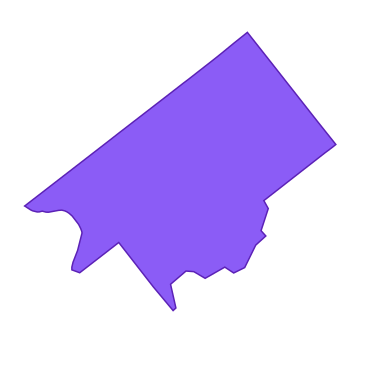 the district of DeSoto, Mississippi, United States of America, rotated 322°
{"feature_id": "52423323B17373882514078", "entity_name": "DeSoto", "entity_type": "district", "adm_level": 2, "iso_a3": "USA", "parent_name": "United States of America", "parent_adm1": "Mississippi", "projection": "equal_earth", "projection_center": [-90.082, 34.852], "detail": "fine", "context": "isolated", "style": "filled", "palette": "violet", "viewbox_px": 384, "rotation_deg": 322, "n_neighbors": 0, "source": "geoboundaries", "source_scale": "gbopen_adm2", "svg_char_len": 844}
<svg xmlns="http://www.w3.org/2000/svg" viewBox="0 0 384 384"><g transform="rotate(322 192 192)"><path d="M104.1,273.8L107.9,273.5L118.3,251.5L138.6,250.6L144.4,255.9L149.2,268.1L171.6,271.4L175.0,281.5L187.0,284.0L209.5,273.1L223.1,272.1L222.6,265.0L241.9,252.0L243.3,243.0L320.2,243.0L331.0,243.2L334.6,243.1L334.3,213.0L334.1,143.6L333.9,100.3L325.5,100.4L316.9,100.5L299.7,100.9L291.1,101.0L274.0,101.0L257.2,101.0L252.3,100.9L248.4,100.9L205.7,100.7L188.8,100.6L171.5,100.5L154.3,100.5L51.5,100.0L53.9,106.9L54.8,108.7L57.7,112.4L59.3,113.6L62.2,114.9L64.6,118.0L66.5,119.6L75.5,124.3L78.2,126.1L80.1,128.5L81.2,130.6L82.0,132.9L82.8,137.2L82.7,147.8L81.8,152.2L80.9,155.1L80.1,156.6L65.9,167.6L55.0,174.1L51.1,177.2L49.4,179.4L53.8,186.5L103.2,186.7L103.1,243.0L104.1,273.8Z" fill="#8b5cf6" stroke="#5b21b6" stroke-width="1.5"/></g></svg>